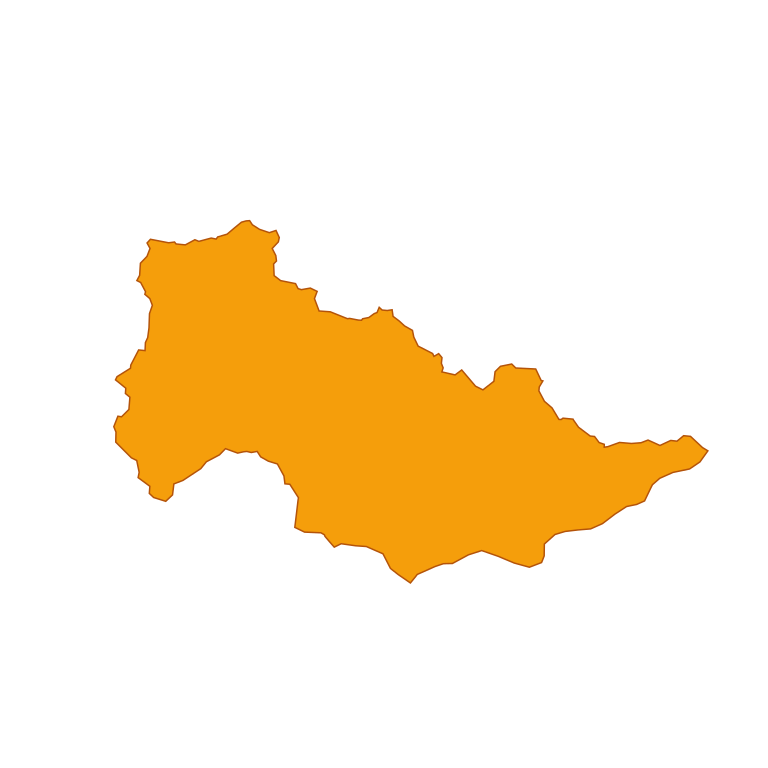 Patillas, Puerto Rico (orthographic projection), rotated 336°
{"feature_id": "32010507B91916522285611", "entity_name": "Patillas", "entity_type": "district", "adm_level": 2, "iso_a3": "PRI", "parent_name": "Puerto Rico", "parent_adm1": "", "projection": "orthographic", "projection_center": [-66.007, 18.039], "detail": "fine", "context": "isolated", "style": "filled", "palette": "amber", "viewbox_px": 768, "rotation_deg": 336, "n_neighbors": 0, "source": "geoboundaries", "source_scale": "gbopen_adm2", "svg_char_len": 2787}
<svg xmlns="http://www.w3.org/2000/svg" viewBox="0 0 768 768"><g transform="rotate(336 384 384)"><path d="M421.6,319.5L416.9,318.2L412.4,315.7L410.8,312.0L406.7,315.9L403.7,315.7L397.2,317.1L391.0,315.7L389.4,316.6L386.6,315.2L379.3,310.1L377.2,309.5L364.3,296.2L354.4,290.9L355.2,277.7L360.6,272.2L355.7,266.4L346.9,264.2L344.3,261.9L344.0,256.3L331.6,247.5L327.7,240.3L332.0,229.4L335.8,227.9L337.4,222.7L337.0,214.7L345.3,211.2L347.9,207.6L347.8,199.8L340.8,199.1L333.2,192.1L328.5,185.0L327.7,180.1L324.3,178.9L319.6,178.2L311.2,180.5L301.6,183.3L291.9,182.0L289.6,183.3L285.5,180.4L272.9,178.4L269.9,175.3L259.1,176.1L251.0,171.5L250.4,169.1L244.7,167.4L229.5,156.8L224.9,158.8L225.4,165.0L219.4,171.0L210.6,174.6L205.0,185.3L200.3,189.0L203.0,192.3L203.7,202.7L202.0,204.8L204.8,210.7L204.4,217.9L198.4,224.3L192.1,237.2L187.0,245.5L182.9,249.1L179.3,256.3L173.7,253.1L160.4,263.7L158.8,266.5L143.1,268.7L140.4,271.0L146.4,282.8L143.9,287.5L146.5,292.7L140.6,303.5L130.9,307.2L127.8,305.2L119.8,313.1L119.6,318.9L115.3,328.0L123.2,348.7L127.0,353.3L124.4,365.1L121.3,369.5L128.5,382.2L125.1,388.5L127.4,394.0L136.9,402.4L145.7,399.3L151.4,389.8L161.1,390.3L182.2,386.8L190.1,382.8L204.9,381.8L212.9,378.6L222.2,387.6L228.1,388.8L231.2,389.8L234.9,392.6L240.7,394.0L241.7,400.4L246.9,407.4L254.1,413.7L255.2,427.3L252.9,434.9L257.2,437.3L259.6,453.1L258.4,454.9L248.1,472.2L244.2,478.7L251.2,487.0L265.9,494.3L268.2,497.5L268.1,499.2L270.0,505.7L272.2,512.8L279.9,512.5L292.2,520.2L301.8,525.3L306.6,530.6L314.0,538.7L314.9,555.2L319.5,563.9L327.2,576.5L334.7,572.7L336.9,571.5L337.6,571.5L355.6,571.5L356.4,571.5L365.0,572.3L367.1,573.1L373.5,575.8L391.7,574.4L405.5,575.9L418.5,588.1L422.3,592.2L429.2,599.5L429.9,600.3L430.0,600.4L432.8,602.7L442.3,610.5L455.3,611.2L457.1,609.5L460.4,606.2L465.4,595.4L479.1,591.0L479.6,591.1L489.0,592.3L490.0,592.5L491.2,592.9L501.5,596.1L503.5,596.8L508.1,598.4L513.8,600.4L526.8,600.4L542.0,596.8L550.2,595.5L555.7,594.6L559.5,595.4L565.8,596.8L574.5,596.8L585.3,587.6L587.5,585.8L588.2,585.2L597.6,582.3L612.0,582.3L628.6,585.9L640.9,583.7L652.7,576.8L649.1,571.6L642.7,556.5L636.7,553.1L628.4,555.4L623.0,552.2L611.1,552.4L602.4,542.6L594.9,542.2L585.9,539.0L575.4,533.2L563.0,532.3L559.5,531.3L560.7,528.7L556.7,525.0L555.0,517.6L551.2,515.4L544.1,502.6L542.4,493.8L542.4,493.0L533.6,488.0L531.4,488.5L529.4,487.5L527.8,474.2L523.5,465.1L522.7,453.3L524.6,449.9L530.4,445.8L529.0,444.7L528.7,432.0L510.9,423.0L508.8,417.7L497.6,415.2L490.5,417.9L485.5,426.2L472.0,429.6L466.7,423.2L460.7,402.8L452.6,404.6L441.8,396.5L444.6,393.3L444.8,388.5L447.7,383.5L446.3,378.5L440.9,379.1L440.8,375.9L430.6,363.3L430.3,353.3L431.8,346.6L426.4,339.3L423.5,332.6L419.8,325.9L421.6,319.5Z" fill="#f59e0b" stroke="#b45309" stroke-width="1.5"/></g></svg>